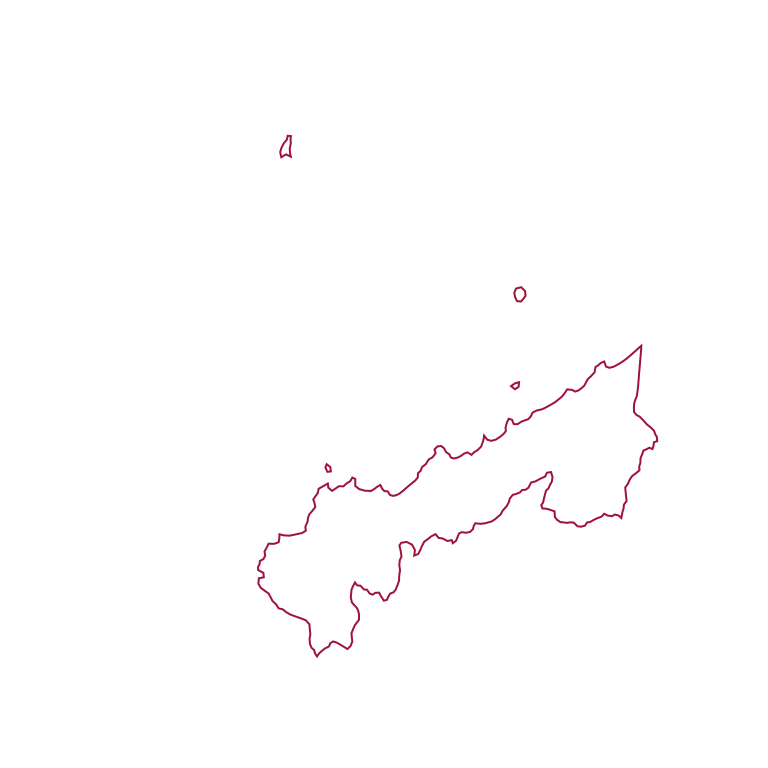 São Sebastião, São Paulo, Brazil (orthographic projection), rotated 141°
{"feature_id": "56859067B23083476078410", "entity_name": "São Sebastião", "entity_type": "district", "adm_level": 2, "iso_a3": "BRA", "parent_name": "Brazil", "parent_adm1": "São Paulo", "projection": "orthographic", "projection_center": [-45.612, -23.878], "detail": "fine", "context": "isolated", "style": "outline", "palette": "rose", "viewbox_px": 768, "rotation_deg": 141, "n_neighbors": 0, "source": "geoboundaries", "source_scale": "gbopen_adm2", "svg_char_len": 4694}
<svg xmlns="http://www.w3.org/2000/svg" viewBox="0 0 768 768"><g transform="rotate(141 384 384)"><path d="M160.0,251.8L169.2,251.4L173.1,251.2L179.5,251.0L184.8,251.3L189.3,251.9L194.6,252.9L198.6,254.7L200.5,257.8L198.7,262.9L202.4,263.9L205.8,263.7L209.0,264.1L212.9,260.6L218.1,259.8L222.2,259.6L224.9,258.6L229.3,256.7L232.6,256.5L236.7,256.6L240.2,257.8L241.5,261.0L245.1,264.6L248.8,263.3L253.6,262.2L258.7,262.2L262.6,262.2L266.5,262.8L270.3,263.4L273.9,264.1L277.1,264.9L282.1,267.3L286.5,268.3L290.4,266.4L294.3,265.9L297.2,267.1L301.2,268.3L305.3,268.7L308.4,271.1L307.0,275.6L308.9,278.5L312.4,276.9L316.8,273.8L319.0,270.7L322.7,269.9L327.2,269.9L332.1,270.4L336.4,272.3L338.8,275.7L338.7,280.9L340.9,278.8L343.7,276.7L348.0,274.2L353.1,273.7L356.7,274.3L360.6,273.9L362.2,278.4L365.7,279.5L369.5,279.7L373.2,280.5L376.7,282.2L378.3,284.8L377.5,288.2L378.6,292.2L377.8,296.5L378.6,299.8L381.8,301.9L385.9,301.4L387.5,297.7L392.3,296.5L396.8,297.2L402.0,295.4L406.8,295.5L410.0,293.5L413.8,293.3L416.5,290.1L420.5,289.3L424.2,289.3L428.3,289.3L431.9,289.2L437.2,289.0L441.5,289.1L444.7,290.0L447.3,291.3L449.2,294.0L448.7,298.3L451.1,300.5L451.3,303.8L450.4,307.8L454.5,308.5L457.7,308.5L461.5,309.1L466.1,313.2L469.4,317.9L470.5,322.9L468.6,325.2L466.1,328.3L467.5,331.2L471.4,329.7L475.4,330.3L480.0,330.0L483.3,332.9L487.8,333.3L491.6,333.6L492.5,338.5L490.3,342.0L494.7,342.7L500.7,343.7L504.3,340.8L507.7,340.0L511.6,338.8L512.7,335.7L514.8,331.6L520.1,330.4L524.1,329.7L527.1,328.0L529.9,325.2L534.9,322.6L537.1,319.2L541.4,319.7L545.5,321.8L549.3,323.7L552.9,325.6L557.1,329.4L559.8,333.0L562.7,329.7L565.5,327.3L569.9,328.9L574.2,332.5L578.8,330.4L582.2,329.1L584.3,325.4L588.0,323.8L591.8,324.6L594.2,322.2L597.0,321.1L598.9,318.7L596.6,313.1L599.1,309.4L603.5,311.8L607.3,307.9L608.0,303.1L606.7,297.9L605.5,293.9L606.2,290.2L607.2,285.5L606.5,280.5L607.1,276.0L604.5,272.6L603.6,268.3L601.8,263.6L599.1,259.1L596.2,254.4L593.5,249.7L593.2,244.2L595.8,240.4L598.7,235.9L602.2,232.8L605.2,228.5L606.3,224.5L605.7,221.2L607.1,218.2L607.5,214.4L604.3,215.4L600.7,215.7L596.2,215.6L591.9,214.7L588.7,216.4L585.5,215.9L583.5,212.8L581.9,208.6L580.3,204.3L579.2,201.0L575.0,201.4L570.7,203.8L568.5,207.3L566.1,210.8L562.5,212.8L558.7,214.8L551.9,216.5L548.6,220.3L546.7,224.1L546.0,227.5L546.3,231.0L546.4,234.4L544.2,238.9L538.7,244.6L535.5,246.3L531.4,248.0L531.6,244.4L529.2,242.0L528.9,237.0L526.7,234.8L527.0,230.1L525.3,227.4L522.2,227.2L519.1,224.9L519.9,220.8L520.5,215.7L517.6,214.4L514.4,216.1L510.9,217.2L507.7,216.1L504.3,216.9L499.7,219.4L495.9,221.8L493.8,224.4L491.5,226.7L488.7,229.2L486.2,233.5L482.7,237.1L479.0,238.9L477.1,242.0L475.6,244.7L473.6,248.9L470.4,249.7L465.8,247.0L463.3,241.5L464.4,235.6L468.5,231.6L464.4,230.4L460.8,231.9L457.1,233.9L452.1,236.1L447.0,235.9L443.4,235.9L438.4,234.9L438.4,229.9L435.7,227.2L433.5,222.1L429.6,220.0L430.7,217.0L426.7,216.8L419.8,220.6L416.9,220.0L413.9,216.8L410.3,214.9L406.2,215.2L403.5,217.3L400.7,218.3L397.1,214.7L393.1,212.1L386.7,209.4L382.4,209.0L378.9,209.2L375.5,209.2L371.5,210.9L365.8,211.8L361.4,213.5L358.4,215.8L353.7,216.8L350.5,215.4L346.6,214.2L343.3,214.7L340.5,212.7L337.1,212.5L331.6,214.9L327.6,213.0L322.0,212.0L317.1,210.7L313.1,212.5L309.6,210.4L311.6,205.6L315.0,202.5L318.2,201.3L321.8,199.4L325.2,199.2L328.4,196.8L331.6,194.5L334.9,191.8L338.1,190.8L339.2,187.5L336.5,185.1L333.9,181.5L331.6,177.7L334.9,173.1L335.0,169.6L333.8,165.6L331.6,163.5L329.3,161.0L326.2,159.2L323.7,156.8L323.2,151.7L320.7,149.1L316.9,147.4L313.4,148.6L310.6,147.0L307.0,146.5L303.9,145.8L298.1,144.0L294.5,144.6L292.9,140.9L289.9,137.7L286.9,137.4L284.5,134.3L283.9,130.5L279.3,134.4L276.3,136.4L273.4,139.3L269.1,140.4L266.6,144.3L264.4,147.7L261.6,151.8L257.4,152.9L252.8,155.2L248.9,156.3L244.0,156.1L239.7,156.2L237.7,159.2L234.6,161.2L231.4,164.8L227.8,166.8L224.3,169.0L221.1,168.1L217.9,167.5L216.3,164.5L213.4,166.4L210.9,168.9L207.7,167.6L205.3,171.1L204.8,174.4L203.6,177.6L203.9,181.6L205.1,187.1L205.4,192.6L205.9,197.8L207.3,201.1L207.3,204.9L204.6,208.4L202.3,211.0L198.8,213.5L195.5,215.2L190.8,219.5L187.2,223.1L182.1,228.5L179.3,231.5L175.0,235.9L167.8,243.4L162.6,248.8L160.0,251.8ZM305.8,635.0L310.2,634.2L314.8,632.2L318.7,629.6L321.1,624.9L315.6,624.1L313.4,619.3L311.5,622.8L309.3,626.1L306.9,628.1L304.6,630.1L302.5,633.2L300.3,635.2L302.6,637.5L305.8,635.0ZM225.5,372.8L227.5,368.8L228.5,364.7L225.7,361.9L221.5,362.6L218.4,363.5L215.9,367.5L216.5,372.9L221.3,375.1L225.5,372.8ZM285.5,297.5L281.2,297.1L277.9,300.4L281.8,302.1L286.6,302.4L285.5,297.5ZM482.0,356.1L483.3,351.4L480.3,349.5L478.0,353.2L479.0,357.7L482.0,356.1Z" fill="none" stroke="#9f1239" stroke-width="2"/></g></svg>